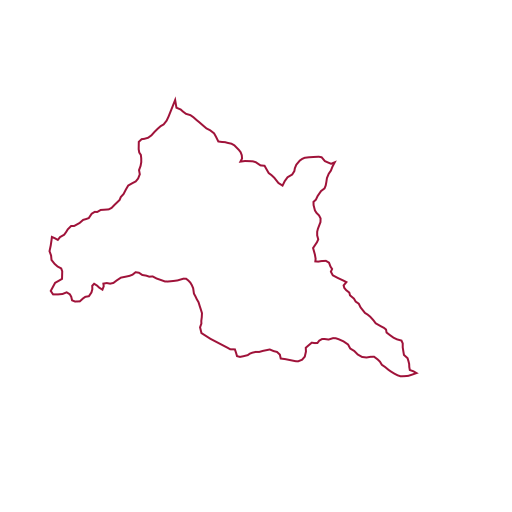 São Simão, São Paulo, Brazil, rotated 204°
{"feature_id": "56859067B82998923442878", "entity_name": "São Simão", "entity_type": "district", "adm_level": 2, "iso_a3": "BRA", "parent_name": "Brazil", "parent_adm1": "São Paulo", "projection": "orthographic", "projection_center": [-47.581, -21.467], "detail": "fine", "context": "isolated", "style": "outline", "palette": "rose", "viewbox_px": 512, "rotation_deg": 204, "n_neighbors": 0, "source": "geoboundaries", "source_scale": "gbopen_adm2", "svg_char_len": 3849}
<svg xmlns="http://www.w3.org/2000/svg" viewBox="0 0 512 512"><g transform="rotate(204 256 256)"><path d="M421.6,140.2L417.3,142.6L414.2,145.8L410.5,145.3L408.2,143.6L406.0,140.7L402.8,140.8L398.5,142.9L396.7,147.0L395.3,149.3L392.3,151.3L391.5,155.7L392.0,159.1L393.5,162.2L392.6,164.8L389.1,164.3L386.3,163.3L382.6,162.8L382.8,166.4L384.2,168.7L381.3,170.6L378.0,171.4L375.3,173.4L373.4,176.9L370.6,181.3L366.5,184.2L363.5,186.4L361.2,188.7L359.4,192.2L356.1,193.1L352.2,192.4L348.3,193.4L345.1,193.7L342.1,195.3L337.7,195.0L333.0,195.4L328.9,195.7L326.2,196.8L323.9,198.1L320.6,200.0L317.7,201.8L314.9,204.2L313.0,205.8L310.6,206.8L307.9,206.1L305.2,205.0L302.8,203.3L300.3,201.0L297.4,196.4L294.8,194.4L292.6,192.5L289.7,190.4L286.9,187.2L284.9,185.0L282.1,181.8L280.6,177.9L279.6,174.5L278.4,172.0L278.1,168.1L274.5,163.4L263.9,161.8L244.6,160.6L241.6,160.3L237.3,162.1L234.9,159.5L232.6,156.8L229.6,157.3L226.9,159.2L223.2,162.1L221.9,164.3L220.0,166.2L217.2,168.3L214.0,169.7L211.0,172.2L208.2,174.2L205.4,176.2L201.2,176.3L197.8,176.9L194.1,175.6L191.7,172.4L187.3,173.7L184.2,174.4L177.0,176.0L174.7,176.9L171.7,180.0L170.5,183.9L171.5,189.0L173.2,192.4L171.7,195.6L169.8,199.5L167.0,200.3L164.5,201.5L163.8,204.4L161.9,207.0L159.5,208.1L155.7,209.2L152.2,212.3L149.7,213.3L146.6,213.6L141.4,213.6L135.9,212.6L132.3,209.8L127.6,209.2L123.0,207.4L118.1,206.9L113.8,208.2L110.5,210.4L107.2,212.0L102.8,211.0L99.8,209.9L96.8,207.8L93.0,207.1L88.7,205.9L85.5,205.3L81.7,204.8L78.0,204.6L75.0,204.9L71.7,206.5L68.2,208.4L65.5,210.8L61.8,214.3L65.3,214.7L69.1,214.4L70.8,216.9L72.2,219.7L74.0,222.0L76.0,224.3L80.6,225.8L82.4,228.5L84.8,232.2L86.4,235.8L88.7,237.9L93.3,237.2L97.1,237.3L101.5,238.2L105.6,239.2L107.3,241.7L109.9,242.4L113.4,242.6L119.3,243.2L122.5,245.0L127.0,247.0L130.3,247.9L133.3,248.3L139.6,251.6L142.7,254.2L146.4,254.9L149.2,256.9L154.1,258.3L155.9,260.5L159.8,261.5L162.4,262.8L164.0,264.8L162.8,268.9L166.2,269.1L172.3,269.2L178.0,269.6L181.2,272.1L181.2,275.1L183.6,276.6L186.6,279.6L190.2,280.0L194.3,277.9L196.8,276.2L199.6,275.2L200.4,277.7L202.8,281.3L207.1,286.5L205.9,293.4L205.9,296.5L208.5,299.7L210.0,303.1L210.5,306.0L210.9,313.2L212.3,316.6L214.9,318.7L218.3,320.0L220.7,321.6L224.1,325.9L225.5,328.8L224.2,331.8L224.1,335.9L223.0,341.8L220.9,345.6L221.0,348.7L221.8,352.1L222.9,356.1L223.0,360.8L222.3,364.4L222.5,368.8L222.2,373.6L224.9,370.8L228.1,370.7L231.7,370.7L236.2,372.9L239.1,372.2L243.8,369.8L248.0,367.6L251.5,365.5L253.3,363.5L254.8,361.0L256.3,355.8L256.2,352.0L255.5,349.1L256.1,345.1L259.2,340.8L260.2,336.1L260.4,331.1L265.2,331.8L271.1,334.9L274.8,336.2L278.1,336.9L281.8,339.6L284.9,341.9L288.8,340.6L294.4,341.6L297.4,341.2L300.5,340.0L304.7,338.3L308.6,335.9L308.4,339.4L310.0,342.3L312.3,344.6L314.7,345.9L320.8,348.3L324.1,348.6L327.9,347.8L330.6,347.4L333.5,346.3L337.0,345.3L341.1,348.7L344.2,351.0L349.1,352.2L353.2,352.4L359.2,354.2L362.1,355.1L365.5,356.0L369.6,357.3L373.2,358.0L377.8,357.4L381.7,358.3L384.4,359.2L389.0,359.1L393.3,365.6L392.6,347.8L392.7,343.3L393.9,338.6L395.9,335.9L397.6,332.2L399.2,328.1L400.6,323.7L402.7,320.1L405.7,317.6L408.0,316.2L409.5,312.6L406.6,305.8L404.7,303.0L402.3,301.5L400.6,298.6L399.0,295.1L398.1,291.4L397.8,286.9L395.4,283.4L395.2,278.8L396.2,275.2L398.6,272.2L401.4,268.4L401.9,263.9L402.2,258.7L403.5,254.9L403.4,251.7L404.8,248.2L406.0,245.3L407.5,241.2L409.5,238.7L413.0,236.8L416.6,234.9L418.9,231.7L421.3,230.7L423.3,227.8L424.2,222.6L426.3,220.6L428.6,218.7L430.6,214.4L434.3,209.5L437.1,208.2L438.8,203.8L439.2,200.7L439.9,197.4L442.7,193.6L443.6,190.1L447.0,190.4L450.2,190.4L449.2,187.1L447.8,182.1L446.6,176.4L443.4,173.1L441.2,169.2L436.8,166.9L433.0,165.7L428.9,165.4L426.8,163.2L423.9,156.2L426.2,153.0L428.6,149.8L428.9,146.0L429.3,140.6L425.8,138.4L421.6,140.2Z" fill="none" stroke="#9f1239" stroke-width="2"/></g></svg>